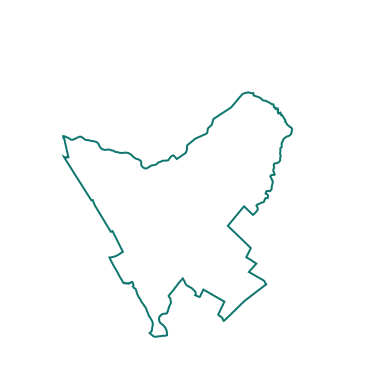 the district of Magurele, Prahova, Romania, rotated 53°
{"feature_id": "2599482B52570992106417", "entity_name": "Magurele", "entity_type": "district", "adm_level": 2, "iso_a3": "ROU", "parent_name": "Romania", "parent_adm1": "Prahova", "projection": "natural_earth1", "projection_center": [26.057, 45.099], "detail": "fine", "context": "isolated", "style": "outline", "palette": "teal", "viewbox_px": 384, "rotation_deg": 53, "n_neighbors": 0, "source": "geoboundaries", "source_scale": "gbopen_adm2", "svg_char_len": 5997}
<svg xmlns="http://www.w3.org/2000/svg" viewBox="0 0 384 384"><g transform="rotate(53 192 192)"><path d="M71.5,262.1L71.7,261.6L89.9,269.8L89.6,270.3L88.8,270.3L88.7,270.5L88.9,271.0L89.0,271.7L89.0,271.9L87.9,272.6L86.7,273.1L87.1,273.2L101.4,274.4L106.7,274.9L118.7,275.8L122.8,276.2L138.2,277.4L138.8,276.1L143.7,277.6L144.0,277.5L145.1,277.8L146.8,277.9L174.9,280.8L175.3,279.0L198.2,283.2L198.0,284.4L198.0,286.3L197.7,289.3L197.3,291.6L196.9,292.8L196.0,294.8L195.2,296.5L194.7,297.3L195.1,297.4L197.2,297.9L204.7,299.1L211.5,299.9L216.4,300.7L220.0,301.0L221.9,301.4L223.6,301.5L224.0,301.1L223.9,300.8L224.0,300.5L224.4,299.9L224.8,299.7L225.3,299.7L225.6,299.6L225.7,299.1L225.8,298.9L226.0,298.7L226.2,298.3L226.5,298.4L226.8,298.2L226.9,297.9L226.7,297.6L227.2,297.2L227.0,296.7L227.3,296.3L227.3,296.1L227.6,295.7L227.5,295.2L227.6,294.9L227.5,294.3L227.6,294.2L227.9,293.9L228.9,293.9L231.4,294.9L232.0,296.1L233.7,296.1L235.2,295.4L235.7,295.4L241.1,297.3L244.4,297.9L246.0,297.8L249.3,298.4L251.4,298.5L253.1,298.4L254.1,298.5L254.8,298.8L255.7,298.6L256.4,298.6L257.6,298.8L259.7,299.6L261.5,299.9L263.4,300.6L264.3,300.8L266.0,301.1L266.8,301.0L267.7,301.1L268.4,301.1L269.1,301.3L270.4,301.4L271.7,301.7L272.3,302.0L273.2,302.3L273.7,302.6L274.7,303.6L275.4,304.2L276.8,305.9L277.5,306.3L278.1,307.1L278.4,307.8L278.6,308.0L278.9,308.1L279.0,308.8L279.1,310.7L283.8,309.7L285.3,308.8L288.5,303.4L289.0,302.3L290.4,300.3L291.2,298.9L291.4,298.1L290.8,297.8L289.3,296.7L287.7,295.8L283.8,294.9L283.4,294.9L282.8,295.1L281.6,295.1L280.2,295.3L279.2,295.7L276.9,296.1L275.6,295.8L274.5,295.4L273.9,294.8L273.0,294.5L272.9,294.3L272.0,292.9L271.9,292.5L271.9,291.9L271.5,291.3L271.5,291.0L271.8,290.0L271.6,289.6L271.6,289.3L272.1,288.0L273.1,286.7L273.2,286.1L273.5,285.8L273.8,285.2L273.7,284.8L273.4,284.3L273.2,284.2L273.2,283.9L272.8,283.6L272.7,283.0L272.1,282.5L271.7,281.7L270.5,280.3L270.5,279.8L269.8,279.2L269.3,278.4L268.1,275.9L267.7,275.4L266.8,274.8L266.4,274.7L265.9,274.4L264.2,273.5L262.0,273.4L260.9,273.2L260.1,270.2L259.9,268.9L259.4,267.3L259.0,265.3L258.3,263.3L258.0,261.8L256.8,257.7L256.2,255.1L255.5,251.4L259.2,251.8L260.9,252.4L262.9,252.5L264.8,251.8L268.9,250.0L269.7,249.9L271.4,249.7L273.5,249.3L275.0,249.9L275.4,250.1L275.8,250.5L276.3,251.6L278.3,250.4L280.0,249.5L280.2,249.3L280.4,248.9L280.3,248.3L278.8,245.7L277.6,243.1L277.3,242.7L276.8,241.6L299.1,232.1L305.1,243.8L305.3,244.4L305.7,244.9L306.0,245.0L307.1,244.7L308.0,244.4L308.8,243.9L309.9,243.9L310.7,243.5L312.4,244.1L314.1,244.2L314.0,242.6L313.2,235.7L310.8,217.1L310.7,216.7L310.6,216.0L310.4,190.2L310.5,188.3L309.0,188.2L306.9,187.9L305.8,188.0L290.1,194.7L287.9,183.7L281.5,186.0L276.8,187.9L272.2,178.8L257.0,181.1L240.6,183.8L234.8,159.3L234.8,159.0L247.0,157.1L247.0,156.4L246.6,153.4L246.0,151.3L246.0,150.9L245.7,150.3L245.0,149.6L244.3,149.2L243.8,149.0L241.6,148.7L241.4,148.3L241.5,146.6L242.0,145.0L242.3,143.0L243.1,141.0L243.1,140.8L243.1,140.3L243.0,140.1L241.9,138.7L241.3,137.3L241.3,136.8L242.4,135.2L242.0,134.7L241.4,134.1L241.0,133.5L240.8,133.4L239.1,133.3L238.5,133.7L238.3,133.9L237.5,134.1L236.9,133.3L236.4,132.4L236.2,131.9L236.2,131.7L236.9,130.8L237.4,129.9L238.1,129.5L238.2,129.3L238.3,128.8L238.2,128.3L237.8,127.8L237.6,126.8L237.5,126.5L236.6,125.9L235.5,124.9L234.5,123.6L233.1,121.9L231.8,120.9L231.4,121.0L230.7,120.9L228.3,120.2L226.8,120.2L226.5,119.9L226.4,119.5L226.3,118.6L226.4,118.0L227.7,116.3L227.8,116.1L227.8,115.4L226.1,114.9L224.8,114.7L224.4,114.5L223.1,113.6L222.6,112.9L222.2,112.0L222.0,111.8L220.3,111.0L219.3,110.1L219.0,109.8L218.9,109.4L218.9,109.1L219.1,108.5L220.2,106.5L220.3,105.7L220.4,104.9L220.3,103.9L219.9,102.8L219.6,102.4L217.8,101.0L217.5,100.5L216.8,99.7L216.2,99.3L215.7,99.1L214.9,98.9L214.5,98.7L212.3,96.6L210.5,95.4L210.3,95.2L210.2,94.5L210.2,93.8L210.0,93.3L209.4,92.8L207.0,91.0L206.7,90.7L206.1,89.3L205.8,88.4L205.2,87.9L204.8,86.9L204.6,84.4L204.8,82.9L205.6,80.5L205.5,78.5L205.5,78.2L205.2,77.8L204.6,77.2L203.6,75.7L202.3,74.7L202.1,74.2L200.9,74.0L200.0,74.1L199.6,74.3L199.1,74.7L197.7,74.8L196.0,75.4L192.4,75.1L192.2,75.1L191.9,75.3L191.6,75.1L191.4,74.6L191.2,74.5L190.7,74.3L187.5,74.0L186.7,73.8L185.9,74.0L184.5,73.9L184.2,74.0L184.2,74.5L182.8,74.3L182.4,73.7L181.8,73.5L181.6,73.6L181.3,75.8L181.0,75.9L178.7,74.7L178.6,74.1L178.4,73.8L178.0,73.5L177.5,73.4L176.9,73.3L176.6,73.6L176.5,74.3L176.3,75.0L176.1,75.3L175.9,75.4L175.5,75.1L175.4,74.5L175.1,74.5L173.8,75.3L173.4,75.5L172.5,75.0L172.0,74.6L171.0,74.2L170.0,75.3L169.6,75.5L166.4,76.8L163.5,78.2L163.2,78.5L162.2,79.7L162.0,79.9L160.9,80.3L159.5,80.4L158.2,80.9L157.9,80.9L156.8,81.4L155.9,81.9L154.4,83.1L153.0,83.9L152.1,84.7L149.9,83.5L148.9,85.0L147.9,85.9L146.3,87.0L144.8,90.4L144.1,92.7L148.0,109.8L146.6,131.0L150.2,135.7L150.8,141.1L153.8,144.1L154.1,145.6L151.4,157.1L151.8,167.8L155.1,170.5L157.0,173.5L156.5,184.3L152.2,184.6L151.6,184.9L151.1,185.7L151.0,186.3L151.0,186.8L151.6,189.7L152.3,191.7L152.3,192.2L151.4,193.7L149.4,196.5L149.2,197.3L149.0,198.6L148.2,201.0L148.2,201.6L148.4,202.5L148.4,203.2L148.4,204.2L148.0,205.0L147.7,206.1L146.8,207.6L146.5,208.5L146.3,209.3L146.2,211.5L146.0,212.9L145.7,214.4L145.4,214.9L143.9,215.9L142.6,216.4L141.8,216.5L140.6,216.4L139.6,216.1L139.0,215.7L137.6,214.5L136.8,214.3L135.7,214.4L133.2,215.4L132.1,216.5L131.1,216.9L128.3,217.9L126.1,217.9L122.9,219.2L122.1,219.8L121.2,220.6L120.1,222.1L118.6,224.6L117.0,226.3L115.2,227.6L114.3,228.7L113.7,229.1L112.7,229.6L112.0,229.8L111.5,230.1L110.2,231.3L109.7,231.7L108.9,232.0L108.2,232.7L107.6,233.5L106.1,236.0L105.7,236.5L104.4,237.5L103.5,238.0L102.8,238.2L101.8,238.4L99.8,238.3L97.5,237.8L96.5,237.7L95.6,237.9L94.0,238.6L92.8,239.5L90.3,241.9L88.6,243.3L86.3,245.7L83.7,246.4L82.0,246.9L81.2,247.3L80.7,247.8L80.3,248.3L79.9,249.5L79.0,253.8L78.5,255.7L78.2,256.4L77.5,257.0L77.0,257.3L75.9,257.6L73.7,258.6L72.7,259.2L70.9,260.2L69.9,261.3L71.5,262.1Z" fill="none" stroke="#0f766e" stroke-width="2"/></g></svg>